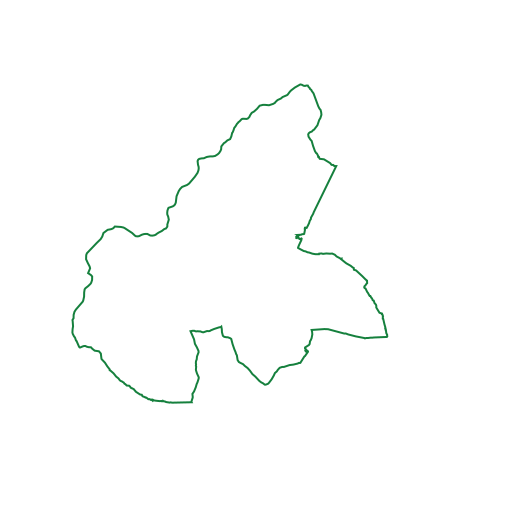 the district of Ohaba Lunga, Timis, Romania, rotated 296°
{"feature_id": "2599482B82981888181214", "entity_name": "Ohaba Lunga", "entity_type": "district", "adm_level": 2, "iso_a3": "ROU", "parent_name": "Romania", "parent_adm1": "Timis", "projection": "robinson", "projection_center": [21.992, 45.927], "detail": "fine", "context": "isolated", "style": "outline", "palette": "green", "viewbox_px": 512, "rotation_deg": 296, "n_neighbors": 0, "source": "geoboundaries", "source_scale": "gbopen_adm2", "svg_char_len": 6097}
<svg xmlns="http://www.w3.org/2000/svg" viewBox="0 0 512 512"><g transform="rotate(296 256 256)"><path d="M280.3,367.8L282.5,366.6L282.4,366.1L282.8,365.5L283.1,364.3L284.5,360.3L286.9,352.3L286.6,350.0L288.1,349.1L288.1,347.9L288.7,345.5L289.0,340.4L289.4,338.5L290.3,334.6L291.2,334.1L290.5,333.5L290.8,332.3L290.9,328.7L291.7,326.3L291.6,323.4L290.5,321.5L289.1,318.1L287.3,315.3L287.0,313.8L285.8,311.7L285.2,311.8L283.6,308.4L282.8,305.6L282.4,302.2L281.9,300.6L281.9,298.6L281.4,296.7L281.6,290.4L282.0,290.1L284.5,289.9L290.1,289.8L291.6,289.4L291.7,289.1L290.5,288.2L290.3,287.6L291.1,286.2L291.8,285.3L290.9,284.5L290.3,284.9L290.0,284.9L289.8,284.4L291.0,283.7L291.5,283.8L293.3,285.4L293.3,284.4L294.9,287.2L295.8,287.9L296.6,289.3L297.0,289.6L301.2,288.5L301.4,288.1L301.7,287.9L302.9,287.6L303.1,287.7L303.4,289.2L305.7,289.3L308.7,289.3L311.2,288.9L313.4,289.1L314.5,288.6L319.2,288.9L320.4,288.7L372.0,288.7L371.2,286.9L371.7,285.5L371.1,284.2L371.1,283.8L372.0,281.9L372.7,274.7L371.3,270.7L372.2,269.3L372.6,269.2L372.7,268.9L372.3,268.5L372.4,268.3L373.1,268.1L374.8,265.8L374.9,264.9L376.1,263.0L380.0,259.0L383.8,255.6L384.5,253.8L386.3,250.9L388.2,249.6L389.4,249.6L390.8,250.2L392.3,251.6L394.2,252.2L395.0,252.8L400.4,253.9L405.9,253.2L408.2,253.4L411.6,252.9L413.7,251.6L415.6,250.0L416.3,248.4L417.9,246.3L427.4,236.4L428.7,233.9L429.5,232.9L429.9,231.2L430.4,230.8L431.1,228.9L431.9,227.9L431.3,226.5L430.4,225.6L430.1,224.8L429.9,224.1L430.0,222.1L429.6,220.6L424.5,217.1L420.3,215.0L418.5,214.4L414.8,213.7L414.1,213.3L410.5,210.2L408.4,209.3L405.6,207.0L402.9,206.0L402.0,205.9L400.3,204.8L397.2,201.6L395.7,197.6L394.9,196.0L392.7,193.4L388.7,192.4L385.0,190.9L382.8,189.4L379.8,189.0L378.2,189.1L376.0,188.4L375.1,187.5L373.6,184.0L372.7,183.1L369.8,182.2L368.5,181.5L367.6,181.4L366.6,181.0L363.3,180.7L361.7,180.3L358.9,180.7L356.7,180.8L356.2,180.6L352.7,181.4L349.7,181.5L347.4,179.6L344.6,178.5L343.4,177.7L339.3,176.8L336.6,177.9L335.0,178.0L332.4,177.7L330.6,177.0L328.0,175.4L326.5,173.4L325.4,171.1L324.3,169.5L323.3,168.2L321.0,166.3L319.8,164.2L318.4,162.4L317.2,161.8L315.7,161.9L312.7,163.8L310.9,165.4L309.4,166.2L307.8,166.7L305.1,167.0L300.4,166.3L291.8,164.1L289.6,162.9L285.7,159.3L283.0,158.4L280.4,158.1L274.9,158.4L268.8,160.5L266.7,160.6L265.0,160.0L264.1,159.4L261.0,156.3L260.5,156.2L258.0,156.5L255.8,157.3L254.4,158.1L252.9,159.8L250.4,161.7L245.4,162.5L244.1,163.2L243.4,163.4L241.2,163.0L240.1,161.8L237.2,160.4L234.3,158.2L231.9,156.8L231.2,156.6L230.0,155.5L228.8,153.8L228.1,152.0L228.2,148.6L227.4,147.0L226.5,145.6L225.1,144.1L222.6,142.2L221.8,141.1L221.1,139.3L221.2,138.4L222.4,134.5L223.5,125.7L223.5,124.4L222.9,121.9L220.6,116.2L218.5,115.6L217.3,114.7L216.5,113.9L214.5,111.2L209.8,108.8L206.1,109.3L203.1,109.0L198.1,107.2L184.3,102.8L182.4,103.0L178.6,104.7L175.9,108.0L173.7,111.0L172.2,112.3L167.0,112.6L166.5,116.1L165.8,117.7L162.6,119.2L159.6,119.6L158.3,119.4L155.3,118.3L152.2,116.8L150.9,116.6L148.0,117.5L144.1,119.3L140.4,120.2L139.1,120.3L128.9,117.6L126.3,117.3L123.1,117.9L120.1,119.3L118.0,119.1L117.4,119.6L112.6,122.4L109.9,123.2L106.8,124.5L105.7,125.4L103.9,127.8L103.4,129.0L101.1,131.3L101.0,131.9L96.9,136.7L96.5,137.6L96.7,138.1L98.8,139.9L99.8,141.0L100.3,142.0L100.3,143.8L100.7,145.6L101.6,147.7L100.9,149.4L100.2,152.5L101.5,156.6L100.3,159.3L95.8,162.2L95.6,162.5L93.9,167.0L91.6,170.8L90.0,174.1L89.2,174.6L89.3,175.0L88.1,179.4L86.3,183.2L85.7,186.0L84.6,188.1L84.4,189.1L84.5,190.6L84.3,191.4L84.3,192.5L83.5,193.9L83.6,194.7L82.9,196.5L83.8,198.9L83.3,200.3L82.8,200.9L82.6,202.0L82.8,202.3L82.7,204.7L82.1,205.7L81.9,206.6L81.5,207.0L81.3,207.7L80.7,212.6L81.2,214.2L80.3,215.3L80.2,215.9L80.4,217.3L80.3,217.7L80.5,218.3L80.3,218.8L80.6,219.2L80.5,220.2L80.1,222.0L80.7,223.1L80.5,224.4L80.9,225.7L80.6,226.7L81.1,226.8L81.4,225.6L81.6,226.0L81.5,227.5L82.0,229.3L83.4,233.2L84.2,234.5L84.1,234.9L84.5,235.7L85.0,235.8L84.8,236.4L85.1,236.8L85.2,237.8L85.4,238.4L85.3,239.1L86.4,242.7L87.0,243.4L87.4,244.9L96.3,262.2L96.5,261.9L98.1,261.6L100.9,261.2L101.8,260.8L104.2,259.3L107.1,259.7L111.6,259.4L114.9,258.8L116.5,258.8L120.7,258.2L121.9,257.7L124.5,254.5L126.8,252.3L127.5,251.8L130.4,250.7L130.9,250.1L132.4,249.6L133.3,248.9L135.1,248.2L137.2,248.0L139.8,247.0L144.3,246.6L145.5,245.9L148.0,242.9L150.3,239.6L154.0,236.8L159.7,230.1L161.0,231.8L161.7,233.2L161.9,235.1L162.9,236.7L163.3,238.0L163.8,238.8L164.0,241.1L164.3,242.1L167.1,244.9L167.7,246.4L168.3,247.3L169.4,248.0L172.1,250.4L175.6,254.0L176.8,255.6L177.3,255.8L175.3,257.3L172.6,258.8L169.8,261.2L169.4,262.9L170.0,265.0L170.6,266.4L170.8,268.9L170.6,270.1L166.5,273.6L162.6,277.5L160.7,279.7L159.2,281.1L158.4,282.3L154.4,285.1L153.6,286.4L153.2,287.1L153.1,288.8L153.1,291.8L152.3,294.1L151.6,297.6L150.3,300.8L148.3,304.5L147.3,308.3L145.2,313.7L144.7,316.1L144.7,317.9L144.2,320.3L144.6,321.1L146.4,322.8L147.5,323.2L152.0,324.1L156.4,324.4L159.1,324.3L161.4,325.3L163.2,325.5L165.9,326.3L167.7,328.1L168.6,329.8L172.7,334.0L174.7,337.1L177.6,340.6L178.8,341.5L179.1,342.4L179.4,342.7L186.9,343.5L187.5,343.9L192.7,344.7L193.1,344.5L193.3,343.5L192.1,343.0L192.0,342.6L192.4,342.1L192.7,342.5L193.8,342.3L194.1,341.7L194.2,340.7L195.3,340.2L199.2,342.6L200.4,342.8L203.1,341.9L204.1,342.1L206.4,342.0L210.2,341.0L212.4,339.7L213.9,338.4L220.3,349.5L221.8,352.9L225.0,369.4L225.7,370.6L225.9,373.2L227.5,381.0L229.8,389.5L229.7,390.0L230.6,391.0L231.5,392.8L232.7,394.6L233.6,396.4L234.4,397.6L240.6,409.1L241.4,409.2L242.0,408.7L242.7,408.4L243.7,407.0L246.4,405.2L246.5,404.8L246.9,404.8L247.2,404.4L247.7,404.2L247.8,403.7L248.6,403.5L250.9,401.4L255.0,398.1L255.2,397.4L255.5,397.3L255.5,397.6L256.8,396.6L257.5,396.6L258.8,395.3L258.8,394.8L259.4,394.5L259.2,394.1L259.4,393.7L259.1,391.9L262.4,386.7L263.9,386.0L264.7,385.3L265.1,384.6L265.6,383.2L267.5,381.4L267.4,380.3L268.8,378.8L269.0,377.9L270.2,376.3L269.9,375.7L270.4,374.9L271.9,372.8L272.5,371.6L274.8,368.7L274.8,367.7L275.1,367.2L275.5,366.9L276.6,366.8L277.4,367.2L279.1,367.4L280.3,367.8Z" fill="none" stroke="#15803d" stroke-width="2"/></g></svg>